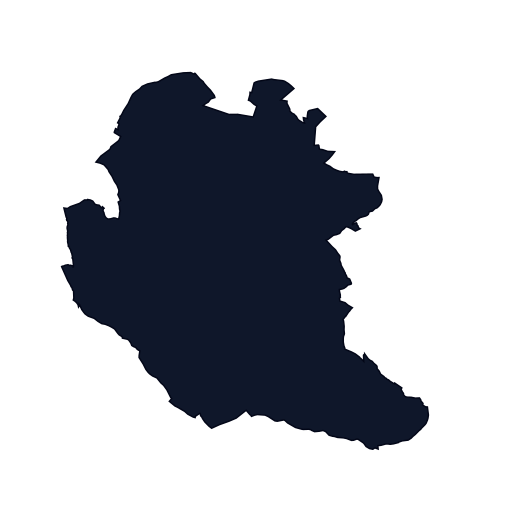 outline of Geaca, Cluj, Romania, rotated 190°
{"feature_id": "2599482B49870683085634", "entity_name": "Geaca", "entity_type": "district", "adm_level": 2, "iso_a3": "ROU", "parent_name": "Romania", "parent_adm1": "Cluj", "projection": "mercator", "projection_center": [24.058, 46.874], "detail": "fine", "context": "isolated", "style": "filled", "palette": "ink", "viewbox_px": 512, "rotation_deg": 190, "n_neighbors": 0, "source": "geoboundaries", "source_scale": "gbopen_adm2", "svg_char_len": 6066}
<svg xmlns="http://www.w3.org/2000/svg" viewBox="0 0 512 512"><g transform="rotate(190 256 256)"><path d="M384.7,409.4L385.5,409.6L392.7,406.6L397.6,403.3L399.6,400.2L402.9,397.0L405.2,394.2L405.7,393.2L406.6,390.5L408.3,383.9L411.5,376.4L412.7,372.3L413.6,370.2L414.2,369.9L413.7,368.5L415.4,363.1L414.5,362.8L413.7,362.0L414.3,358.9L413.7,356.5L416.4,357.1L417.1,353.3L416.9,352.9L410.0,350.2L411.1,346.1L411.9,345.0L417.8,338.5L418.2,336.2L419.1,334.9L426.1,327.5L429.9,320.7L425.6,320.4L421.7,319.5L420.8,318.9L416.6,315.5L415.4,313.5L411.6,309.5L408.4,305.0L405.3,301.8L402.8,297.7L402.3,296.3L402.3,294.2L402.7,292.7L402.6,292.3L399.0,287.1L401.1,285.2L399.2,281.4L398.5,278.5L397.7,276.6L397.8,274.8L397.5,271.7L397.7,268.5L399.8,268.6L400.8,268.9L402.7,268.8L405.8,267.3L408.1,266.7L409.9,267.3L411.6,268.8L412.8,270.9L413.2,272.1L414.3,273.6L414.6,274.5L414.5,276.0L413.9,276.6L414.3,277.0L415.8,277.8L416.0,276.9L416.6,276.6L419.3,278.8L421.7,278.7L423.5,279.0L426.3,281.7L428.8,282.4L431.6,282.4L431.6,282.0L434.7,281.4L438.9,277.2L447.5,272.3L449.5,270.3L450.6,270.0L453.5,269.9L449.7,261.3L448.9,260.6L448.9,258.9L448.4,258.1L447.9,258.0L447.0,256.2L447.1,255.2L446.6,254.2L447.0,252.4L446.9,250.7L446.1,248.6L445.7,248.0L445.8,246.5L445.3,244.7L445.4,243.8L444.9,241.9L444.9,241.3L444.1,238.4L444.0,237.2L442.9,234.6L442.5,232.9L441.6,232.6L441.3,231.7L439.7,229.9L438.6,227.5L438.0,226.8L436.6,223.4L436.8,222.4L436.7,222.0L435.9,221.3L434.2,215.4L433.9,213.6L434.4,213.4L434.8,214.5L436.1,214.5L436.6,214.7L437.8,214.6L438.3,214.1L439.5,214.8L442.2,213.8L443.8,212.7L445.1,212.3L445.6,211.8L437.1,199.2L433.6,195.1L432.7,193.6L431.8,193.0L430.7,190.7L429.6,189.9L428.1,183.0L428.3,180.9L426.5,180.1L424.6,178.9L422.8,177.1L421.9,175.0L421.7,175.5L421.7,176.7L421.9,178.0L421.3,177.5L418.3,173.0L415.8,170.6L414.3,169.3L410.8,167.6L404.5,166.5L400.2,164.2L396.1,162.6L392.7,162.6L388.8,161.8L385.9,160.9L382.6,159.6L378.7,155.9L377.1,154.6L373.8,153.3L373.3,151.9L368.0,151.7L366.6,151.0L364.1,148.5L362.8,146.3L360.8,145.5L358.4,145.0L357.6,144.1L356.2,143.2L353.9,142.4L353.8,137.8L353.5,135.7L348.3,130.0L344.7,125.2L342.1,122.8L340.3,121.5L337.0,119.9L332.4,118.7L327.6,114.5L324.5,112.6L320.5,108.7L315.6,102.1L314.3,100.9L316.1,97.8L309.7,94.2L307.5,93.6L299.2,90.6L295.7,88.4L290.0,86.5L287.9,86.3L287.9,87.1L287.6,87.9L284.6,90.8L283.9,91.3L283.6,91.2L282.8,89.1L281.2,87.8L280.4,86.6L277.6,83.7L272.7,80.2L269.8,78.7L262.7,83.6L253.8,88.7L247.4,92.9L238.9,102.4L234.5,98.8L233.5,98.3L232.6,97.3L229.8,99.0L227.2,100.1L219.4,100.9L216.0,100.0L208.7,96.9L206.3,97.0L200.1,99.4L198.8,99.0L195.9,97.1L187.4,94.0L181.2,93.4L179.4,93.4L173.9,94.6L171.7,94.4L171.1,94.0L167.8,93.2L163.4,94.4L159.7,95.8L156.9,95.2L152.9,92.2L149.3,91.8L147.5,91.9L144.1,91.5L138.4,92.1L135.1,92.0L130.0,91.0L127.9,91.5L125.2,93.1L123.8,93.3L118.0,90.7L117.1,90.1L114.5,87.5L110.8,86.1L107.4,86.0L105.6,87.7L102.2,87.1L103.1,90.4L100.0,91.3L95.6,93.4L93.5,93.8L91.2,93.9L88.0,94.9L83.4,97.0L83.5,97.3L80.0,99.3L74.2,101.1L71.6,103.5L70.1,105.7L68.2,107.9L65.1,112.4L63.7,113.9L63.3,114.9L60.3,119.2L59.5,120.7L58.7,124.1L58.5,126.1L58.6,129.3L61.0,137.1L62.8,136.9L66.1,138.2L65.9,139.3L66.0,139.9L68.3,141.8L68.9,143.1L70.4,144.6L74.3,143.7L78.7,143.8L82.9,143.2L84.8,143.5L86.6,144.9L86.8,146.0L87.2,146.6L88.3,147.6L90.0,150.0L89.5,151.4L97.4,155.0L97.7,154.1L102.4,156.0L103.9,157.0L105.4,157.3L106.7,158.2L108.0,158.5L109.1,159.5L112.8,161.3L114.7,164.0L117.2,166.1L117.5,167.9L118.2,169.0L121.5,170.9L123.2,172.4L125.8,173.2L127.7,174.3L132.0,178.5L131.9,177.9L132.6,177.5L132.9,177.0L131.6,170.9L135.0,173.3L135.7,173.6L136.5,174.4L141.2,176.8L145.4,178.1L152.5,179.7L152.5,180.6L153.9,183.0L155.1,186.4L155.7,189.7L155.9,191.8L155.5,194.3L155.5,195.0L156.5,198.6L157.0,202.1L158.5,207.3L159.3,208.5L157.3,212.4L157.1,212.3L155.1,216.9L154.3,218.0L153.3,220.1L152.1,221.8L156.8,223.5L160.2,225.5L165.6,226.2L166.5,229.0L165.7,229.9L166.0,230.8L166.2,232.3L167.7,235.8L168.1,237.5L165.6,238.4L163.8,239.4L161.9,241.3L160.4,243.4L157.5,244.7L157.3,245.7L159.7,249.5L161.1,250.0L162.2,249.9L163.6,252.4L165.0,254.0L165.2,254.8L166.4,256.1L166.7,256.8L170.5,261.6L171.2,263.6L172.5,265.6L173.0,266.8L173.1,269.7L173.6,270.8L176.1,273.0L178.8,275.9L182.7,278.4L189.8,283.8L187.6,285.2L183.3,289.9L180.5,291.0L177.5,292.8L176.1,295.9L173.7,298.5L173.0,299.9L171.7,300.6L170.0,300.3L166.9,299.5L162.5,297.8L158.2,300.9L159.6,301.4L160.3,302.2L160.8,303.4L161.7,303.9L162.4,305.6L163.1,306.1L164.7,305.1L166.2,303.6L166.5,303.7L166.7,304.7L166.4,305.5L164.9,307.2L163.7,308.1L162.0,310.2L160.2,311.9L154.8,314.5L153.5,315.5L152.6,316.7L152.3,318.8L152.0,319.3L149.1,320.5L147.2,323.2L145.1,324.5L143.8,326.2L142.7,328.0L141.8,331.0L141.7,332.0L141.9,333.3L141.7,333.3L141.7,333.7L143.1,337.5L146.3,340.9L147.9,343.0L148.5,346.1L148.5,354.6L150.3,354.2L153.4,354.2L155.3,356.9L173.9,353.4L179.6,353.4L180.8,353.8L181.1,354.8L182.9,354.5L183.4,354.9L185.1,353.9L188.4,353.9L191.4,354.4L195.1,355.3L198.8,357.2L202.2,358.1L205.3,359.3L200.9,364.8L198.6,368.6L196.7,372.4L203.6,371.5L208.8,372.3L212.1,372.2L213.3,375.7L213.8,376.1L217.9,375.0L219.7,393.6L216.1,399.3L211.4,405.6L220.9,411.9L228.8,408.5L229.7,407.5L229.9,406.7L229.8,402.8L229.5,401.0L229.2,400.3L233.4,400.5L232.8,398.4L231.3,395.4L233.0,395.4L237.5,397.2L238.6,398.0L240.6,400.5L242.3,401.5L242.7,402.1L245.3,402.9L247.8,404.5L247.9,405.3L248.3,406.6L252.1,411.8L252.3,413.9L258.8,413.9L247.7,427.5L251.0,429.7L254.0,431.4L258.2,433.1L260.2,433.3L268.9,432.8L271.4,432.9L284.0,428.6L286.8,427.1L287.9,426.1L288.6,416.1L290.3,416.2L290.0,413.9L290.5,408.1L288.5,407.7L284.2,405.0L281.2,403.9L282.9,392.4L298.6,392.3L307.2,390.7L334.3,394.9L332.1,397.3L329.7,399.3L328.1,402.5L327.4,403.1L324.0,404.9L324.4,405.8L325.0,406.9L329.7,411.4L333.2,413.9L337.0,417.0L338.4,418.6L342.0,420.6L347.6,425.2L348.0,425.3L348.4,424.5L348.7,424.4L352.2,425.3L359.5,423.7L370.0,420.1L371.0,419.7L373.8,417.4L376.8,415.4L382.7,410.4L383.6,410.2L384.7,409.4Z" fill="#0f172a" stroke="#020617" stroke-width="1.5"/></g></svg>